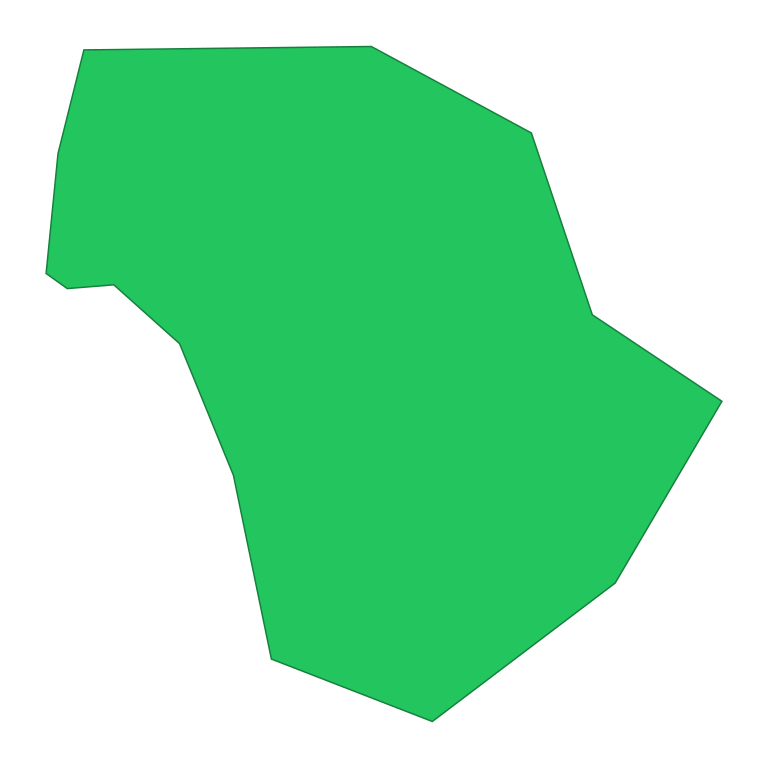 the border of Aimeliik
{"feature_id": "PLW-5244", "entity_name": "Aimeliik", "entity_type": "state/province", "adm_level": 1, "iso_a3": "PLW", "parent_name": "Palau", "parent_adm1": "", "projection": "robinson", "projection_center": [134.515, 7.434], "detail": "fine", "context": "isolated", "style": "filled", "palette": "green", "viewbox_px": 768, "rotation_deg": 0, "n_neighbors": 0, "source": "natural_earth", "source_scale": "10m", "svg_char_len": 306}
<svg xmlns="http://www.w3.org/2000/svg" viewBox="0 0 768 768"><path d="M271.4,659.1L233.4,475.2L179.6,343.7L113.8,284.8L67.3,288.6L46.1,273.5L58.0,153.6L83.9,49.9L371.3,46.5L531.4,133.0L592.3,314.8L721.9,401.3L615.2,583.0L432.3,721.5L271.4,659.1Z" fill="#22c55e" stroke="#15803d" stroke-width="1.5"/></svg>